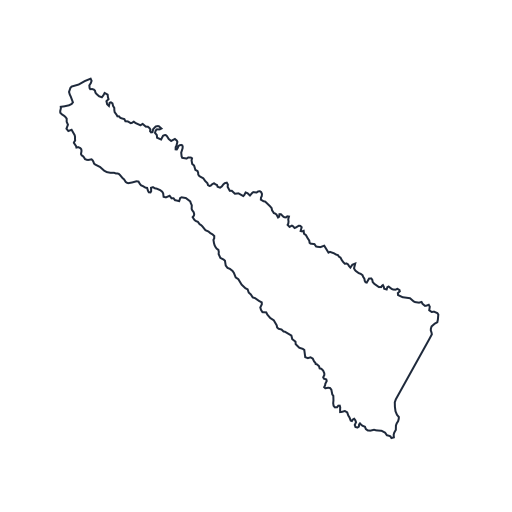 Caçu, Goiás, Brazil (Robinson projection), rotated 171°
{"feature_id": "56859067B96243703619067", "entity_name": "Caçu", "entity_type": "district", "adm_level": 2, "iso_a3": "BRA", "parent_name": "Brazil", "parent_adm1": "Goiás", "projection": "robinson", "projection_center": [-51.053, -18.733], "detail": "fine", "context": "isolated", "style": "outline", "palette": "slate", "viewbox_px": 512, "rotation_deg": 171, "n_neighbors": 0, "source": "geoboundaries", "source_scale": "gbopen_adm2", "svg_char_len": 6092}
<svg xmlns="http://www.w3.org/2000/svg" viewBox="0 0 512 512"><g transform="rotate(171 256 256)"><path d="M425.5,433.9L425.6,432.5L426.7,429.8L426.9,428.1L425.6,426.3L423.6,424.5L422.6,423.3L421.5,421.3L422.0,418.2L421.2,415.1L423.3,411.4L421.8,408.8L418.4,409.5L416.2,403.7L416.1,401.9L416.4,400.4L416.6,398.3L417.5,397.4L418.2,396.3L416.5,392.6L416.4,391.2L414.5,391.3L412.6,390.0L411.9,388.8L411.9,387.1L412.9,384.1L412.4,382.6L411.4,381.8L410.5,380.4L409.7,378.4L407.9,377.4L406.6,377.1L403.3,377.2L402.4,376.0L401.9,374.7L401.5,372.6L400.5,371.5L396.1,368.3L392.6,364.0L390.2,362.2L386.6,360.9L383.2,360.4L381.4,359.4L380.0,359.2L378.7,358.6L377.7,357.3L375.6,353.8L374.3,352.3L373.1,349.5L372.0,348.5L370.8,347.9L366.8,348.0L362.4,348.5L360.4,347.9L359.5,345.5L358.5,343.8L356.6,342.6L354.5,340.8L352.9,340.3L352.5,337.4L351.9,335.7L350.3,335.3L349.4,336.4L349.0,339.8L347.0,340.1L345.2,338.6L343.6,338.1L340.3,336.0L338.6,334.2L337.9,332.4L338.0,328.9L335.8,328.0L331.9,329.0L330.4,326.2L328.4,325.9L327.3,323.8L325.9,323.3L323.3,322.2L321.8,325.1L320.3,325.6L316.2,324.2L312.4,320.2L312.2,318.7L311.5,316.1L312.2,312.6L311.9,311.3L310.7,309.0L310.5,307.0L311.0,305.6L312.5,304.3L311.3,301.5L310.5,300.5L309.6,299.7L308.1,298.9L306.7,296.2L305.4,295.1L304.4,293.8L301.9,289.4L299.1,287.6L297.5,285.7L295.6,284.2L294.1,282.3L294.5,280.0L295.5,278.6L295.5,275.3L295.2,273.0L294.6,271.2L293.7,269.4L292.2,268.0L292.1,265.8L292.6,263.8L291.5,259.7L288.6,257.6L287.4,256.2L287.4,251.3L286.0,248.7L283.8,247.4L281.5,244.9L280.5,242.8L279.4,238.0L277.1,235.9L274.7,230.0L271.5,225.8L269.5,224.4L268.9,221.0L267.1,218.8L265.7,215.6L263.5,214.5L260.0,211.1L257.6,209.3L257.8,207.4L259.8,204.5L259.5,202.0L258.4,199.5L254.7,198.7L254.0,196.4L251.7,192.6L248.5,189.7L246.4,184.3L246.3,182.1L245.1,180.6L242.3,179.4L240.6,177.1L239.3,176.7L233.5,171.9L233.2,168.2L230.4,165.2L230.6,162.7L227.6,158.6L224.4,157.0L223.0,155.7L223.2,148.4L220.8,147.0L218.0,147.4L216.0,145.8L215.1,142.7L214.1,141.3L214.0,140.0L212.7,139.4L211.0,137.3L210.7,135.0L209.1,134.4L207.6,132.3L206.9,129.5L207.1,127.8L208.6,125.7L208.1,124.2L205.9,123.1L205.7,121.5L207.5,119.0L208.0,117.4L209.2,115.8L208.2,114.5L205.3,114.6L203.5,114.0L202.5,112.2L202.3,107.3L201.5,105.8L202.1,101.2L202.8,98.5L202.8,95.9L201.8,94.2L199.6,93.9L198.1,95.3L196.7,95.1L196.5,93.3L196.9,91.5L197.3,88.7L195.7,88.6L192.5,89.0L190.4,87.3L189.8,84.0L188.9,81.9L188.2,78.6L187.1,78.0L186.0,79.3L184.5,79.9L183.6,78.2L183.2,76.2L184.9,73.7L184.5,71.5L182.6,70.7L181.1,71.4L180.5,73.5L179.5,74.4L178.6,73.0L177.4,71.7L175.1,70.3L174.6,67.9L172.9,66.2L170.4,65.6L166.6,65.9L164.6,65.0L159.3,63.7L156.1,61.3L154.8,58.5L152.9,57.7L151.5,56.9L150.7,55.0L148.2,55.3L148.0,57.9L147.1,59.9L145.1,62.4L144.3,66.7L143.2,68.7L141.5,70.6L140.5,72.8L140.1,74.6L141.6,77.1L142.5,80.8L142.4,85.3L141.8,89.8L140.3,92.6L98.0,146.6L94.6,151.1L94.6,152.7L95.0,155.3L94.6,157.0L93.6,159.0L90.1,161.2L87.3,162.2L86.3,164.8L85.1,169.6L85.8,171.2L88.9,173.2L91.2,173.2L93.4,175.3L92.3,178.7L93.0,180.8L95.4,180.3L96.9,180.3L99.0,182.7L99.7,184.7L102.3,184.4L106.1,185.6L107.4,186.5L110.5,190.2L117.7,192.4L121.8,195.2L121.7,197.2L119.5,198.6L119.6,199.9L121.5,201.5L123.4,200.9L125.7,201.4L127.1,202.2L129.8,205.1L131.1,204.7L132.2,202.5L134.5,203.6L134.6,205.6L135.2,207.4L136.2,206.9L137.2,205.7L139.5,206.1L143.5,210.0L144.8,212.0L144.9,214.4L145.7,215.8L147.9,216.0L150.8,212.4L151.9,212.9L152.5,214.5L152.5,216.6L153.4,218.6L153.8,220.4L155.4,222.0L157.2,223.0L159.8,225.6L160.6,226.9L161.1,228.5L159.2,233.0L162.2,232.3L164.6,229.8L165.8,231.7L166.4,233.3L167.8,234.5L169.4,234.4L170.7,236.2L171.9,238.5L172.8,241.2L174.2,242.4L174.9,244.0L176.7,244.9L178.6,246.5L182.3,248.5L183.9,248.0L187.0,255.5L191.0,254.7L193.9,255.5L195.2,256.0L196.4,258.6L200.2,259.7L201.0,260.6L201.0,262.9L202.2,265.5L203.4,268.8L205.1,270.5L205.0,273.4L206.7,273.1L208.0,273.7L206.4,277.3L207.5,278.8L209.0,279.2L212.2,277.9L213.5,277.6L214.8,279.6L215.8,280.4L218.3,279.5L219.9,281.8L219.1,282.9L218.5,284.8L218.4,287.3L217.3,289.8L218.9,290.3L220.4,289.4L221.8,289.8L222.7,290.4L224.9,293.4L226.3,293.6L227.0,291.2L228.2,290.6L229.3,293.8L230.4,294.9L231.7,295.6L232.4,297.4L233.0,298.5L233.1,300.9L234.4,303.0L238.4,308.3L240.0,308.9L242.4,310.9L241.9,313.0L241.0,314.1L240.4,316.3L240.9,318.3L242.1,319.4L243.9,319.4L245.5,318.6L248.7,319.5L250.0,318.8L252.5,316.7L254.5,319.3L256.3,320.4L258.0,318.1L259.2,317.2L263.5,320.6L267.1,320.8L269.7,324.2L271.7,324.5L273.2,328.7L272.6,331.0L273.4,333.0L275.5,332.8L277.1,331.8L278.8,330.1L280.8,329.1L283.1,330.4L283.4,332.2L284.8,333.1L286.1,334.4L288.1,333.7L289.7,332.6L290.9,332.4L292.3,333.5L292.6,335.5L294.5,338.1L295.9,341.0L298.8,343.2L299.9,344.4L300.3,345.8L300.1,347.3L300.5,349.1L302.4,350.5L303.0,355.0L304.6,356.9L304.7,360.5L303.9,362.5L304.9,363.4L307.5,363.9L309.3,363.1L313.5,364.5L313.9,366.1L313.7,369.8L311.7,373.8L311.3,375.4L311.5,376.8L312.5,377.4L314.2,377.3L315.4,376.7L316.3,375.1L317.6,373.6L318.7,373.9L318.3,376.1L317.4,377.2L315.8,381.0L316.2,382.4L317.8,384.3L321.8,382.9L323.9,385.2L325.2,388.3L326.3,389.6L327.5,389.7L329.0,389.3L330.2,387.7L331.5,385.9L335.2,388.3L335.1,389.7L335.1,391.1L336.5,393.4L335.4,395.7L334.1,396.6L331.4,396.1L329.5,396.7L331.7,399.4L332.9,399.7L334.8,399.6L337.7,397.4L338.9,394.5L340.3,394.5L341.1,395.9L340.5,397.4L341.2,399.0L342.6,400.6L344.6,401.0L347.3,404.2L349.7,403.2L354.2,406.2L355.7,407.8L357.7,406.9L359.0,406.8L360.1,407.8L361.6,409.0L363.9,409.5L364.6,411.8L367.0,412.9L368.4,413.7L369.5,415.4L371.0,415.6L371.7,417.5L373.1,420.2L373.1,422.4L372.8,424.4L373.7,426.6L373.9,429.2L375.3,430.5L376.6,430.2L377.8,427.2L379.3,429.2L379.5,432.3L377.1,434.0L377.4,435.8L377.3,438.6L380.0,440.7L381.6,438.6L383.4,436.9L386.0,438.3L388.2,441.0L389.0,442.4L389.2,444.5L390.1,445.7L391.6,446.5L393.6,446.7L394.1,447.9L393.9,450.6L392.1,452.6L391.0,454.7L391.6,457.0L397.6,455.6L404.3,453.1L411.6,452.2L413.0,451.1L415.0,447.3L414.7,444.7L414.0,442.3L412.8,436.4L414.3,435.0L417.1,434.1L422.0,433.8L425.5,433.9Z" fill="none" stroke="#1e293b" stroke-width="2"/></g></svg>